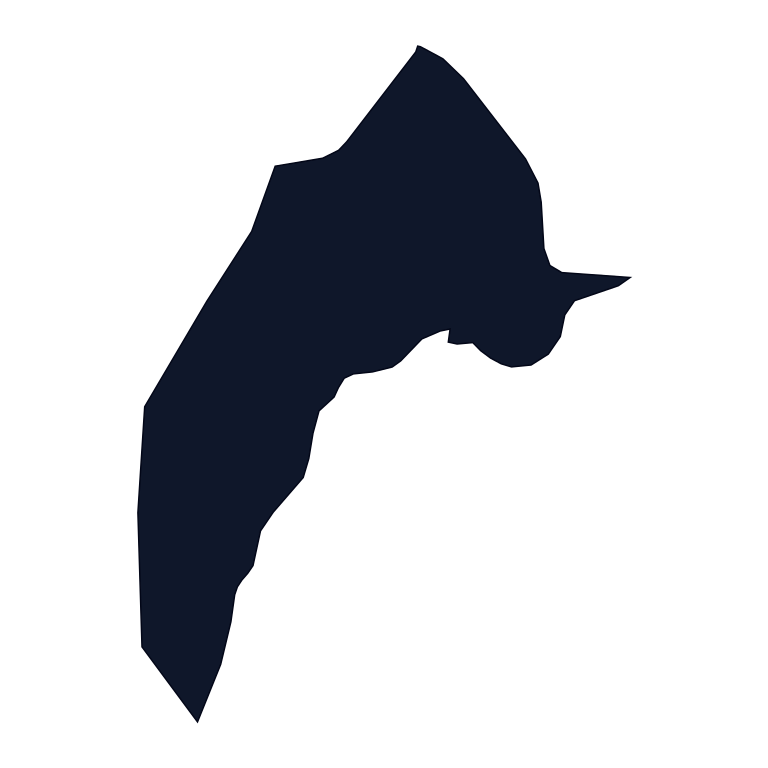 the District of Moyo
{"feature_id": "UGA-3085", "entity_name": "Moyo", "entity_type": "District", "adm_level": 1, "iso_a3": "UGA", "parent_name": "Uganda", "parent_adm1": "", "projection": "natural_earth1", "projection_center": [31.745, 3.481], "detail": "fine", "context": "isolated", "style": "filled", "palette": "ink", "viewbox_px": 768, "rotation_deg": 0, "n_neighbors": 0, "source": "natural_earth", "source_scale": "10m", "svg_char_len": 845}
<svg xmlns="http://www.w3.org/2000/svg" viewBox="0 0 768 768"><path d="M437.9,56.1L443.0,58.9L463.6,78.8L525.5,158.9L538.0,183.1L541.2,202.2L543.9,248.5L549.9,265.5L561.8,272.6L630.1,277.5L618.4,285.7L574.5,300.7L564.8,314.9L560.3,336.6L548.3,354.1L531.1,365.0L511.5,366.9L501.2,363.8L490.6,358.1L480.7,350.7L472.8,342.6L457.1,344.0L448.3,342.1L450.1,329.0L440.2,331.0L421.9,338.9L400.7,360.9L392.2,367.0L372.5,371.9L353.4,373.9L344.2,378.2L338.4,387.6L334.1,397.0L319.0,410.9L313.0,433.2L308.8,458.6L303.2,477.5L273.2,512.2L260.5,530.9L253.0,565.6L247.8,573.2L241.9,580.0L237.4,586.8L234.7,594.7L230.9,621.8L220.7,664.3L197.5,721.9L142.0,646.9L137.9,512.7L144.7,406.7L206.8,301.3L251.7,231.4L275.2,166.2L322.7,158.2L338.6,150.3L346.7,141.8L415.8,51.9L417.7,46.1L420.4,46.7L437.9,56.1Z" fill="#0f172a" stroke="#020617" stroke-width="1.5"/></svg>